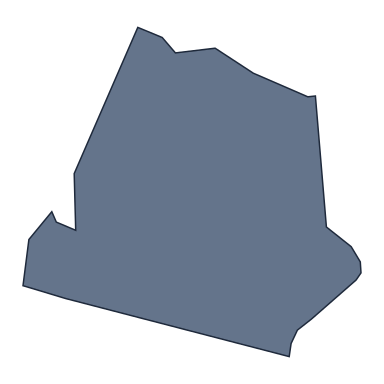 Akaltin, Sirdaryo, Uzbekistan (Robinson projection)
{"feature_id": "79887680B92810274159920", "entity_name": "Akaltin", "entity_type": "district", "adm_level": 2, "iso_a3": "UZB", "parent_name": "Uzbekistan", "parent_adm1": "Sirdaryo", "projection": "robinson", "projection_center": [68.339, 40.545], "detail": "fine", "context": "isolated", "style": "filled", "palette": "slate", "viewbox_px": 384, "rotation_deg": 0, "n_neighbors": 0, "source": "geoboundaries", "source_scale": "gbopen_adm2", "svg_char_len": 417}
<svg xmlns="http://www.w3.org/2000/svg" viewBox="0 0 384 384"><path d="M289.2,356.6L291.1,343.5L297.4,330.1L311.4,319.1L356.1,280.0L361.0,272.9L360.3,261.9L351.2,246.7L326.4,227.0L315.4,96.0L307.8,96.8L253.3,73.2L215.1,48.2L175.4,52.9L162.2,37.5L142.9,29.5L137.8,27.4L74.2,173.6L75.7,230.3L56.3,222.1L51.8,211.7L28.9,239.5L23.0,285.7L65.9,298.6L289.2,356.6Z" fill="#64748b" stroke="#1e293b" stroke-width="1.5"/></svg>